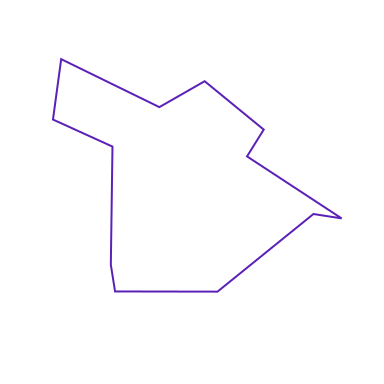 Harrisonburg, Virginia, United States of America (Robinson projection), rotated 100°
{"feature_id": "52423323B43531707652669", "entity_name": "Harrisonburg", "entity_type": "district", "adm_level": 2, "iso_a3": "USA", "parent_name": "United States of America", "parent_adm1": "Virginia", "projection": "robinson", "projection_center": [-78.881, 38.44], "detail": "fine", "context": "isolated", "style": "outline", "palette": "violet", "viewbox_px": 384, "rotation_deg": 100, "n_neighbors": 0, "source": "geoboundaries", "source_scale": "gbopen_adm2", "svg_char_len": 317}
<svg xmlns="http://www.w3.org/2000/svg" viewBox="0 0 384 384"><g transform="rotate(100 192 192)"><path d="M80.7,198.8L114.1,238.9L83.9,343.9L144.8,341.5L161.1,278.2L277.8,259.3L303.3,250.5L285.7,149.6L192.6,68.6L192.0,40.1L147.4,144.0L118.1,132.2L80.7,198.8Z" fill="none" stroke="#5b21b6" stroke-width="2"/></g></svg>